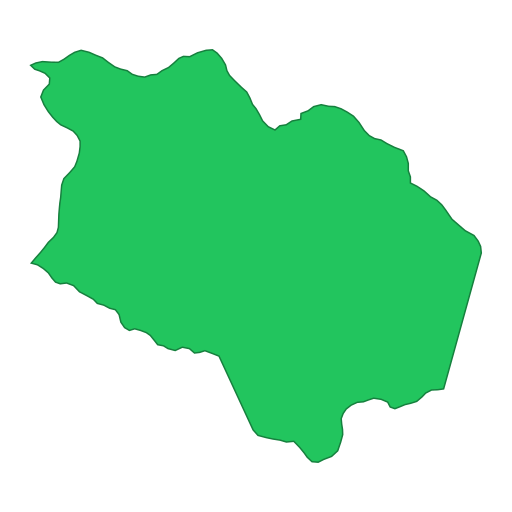 Patis, Minas Gerais, Brazil
{"feature_id": "56859067B88013883399000", "entity_name": "Patis", "entity_type": "district", "adm_level": 2, "iso_a3": "BRA", "parent_name": "Brazil", "parent_adm1": "Minas Gerais", "projection": "orthographic", "projection_center": [-44.124, -16.088], "detail": "fine", "context": "isolated", "style": "filled", "palette": "green", "viewbox_px": 512, "rotation_deg": 0, "n_neighbors": 0, "source": "geoboundaries", "source_scale": "gbopen_adm2", "svg_char_len": 2401}
<svg xmlns="http://www.w3.org/2000/svg" viewBox="0 0 512 512"><path d="M31.3,263.1L37.5,264.8L43.3,268.5L48.4,272.9L52.0,278.1L55.5,282.1L60.2,283.8L66.6,283.0L73.6,285.6L79.5,291.8L87.5,296.0L93.4,299.3L97.3,303.4L103.7,305.1L109.8,308.3L115.4,309.7L119.1,314.6L120.9,322.2L124.6,327.6L129.4,330.4L134.7,328.8L140.5,330.4L146.3,332.6L150.3,335.4L154.1,340.1L157.7,344.7L163.5,345.8L168.0,348.6L175.2,350.5L182.3,347.2L189.4,348.6L194.5,353.0L199.6,352.4L204.9,350.7L211.9,353.3L219.0,356.1L253.1,429.9L258.0,435.4L266.3,437.6L272.9,439.0L280.0,440.1L286.4,442.0L293.8,441.3L299.6,447.3L304.1,452.8L307.2,457.2L312.0,461.7L318.2,462.2L323.7,459.4L331.6,456.4L337.7,450.8L340.7,442.0L342.7,434.6L342.5,429.4L341.7,424.2L341.2,418.6L343.2,413.4L346.2,409.0L351.2,405.1L357.3,402.3L363.4,401.8L368.5,399.9L373.7,398.2L381.1,399.3L387.7,402.1L390.2,407.0L394.9,408.7L400.0,406.7L405.0,404.6L410.6,403.3L416.7,401.4L422.0,396.9L425.6,393.1L431.5,390.0L437.9,389.7L443.6,388.9L481.3,253.0L480.6,246.4L478.2,241.2L474.0,235.5L465.2,230.7L458.1,224.6L452.0,219.3L448.6,214.4L445.6,210.0L441.9,205.0L436.9,200.3L430.5,196.8L424.1,191.0L417.0,186.3L410.4,183.0L410.4,176.9L408.3,170.9L408.3,163.5L406.5,156.8L403.3,150.8L394.3,147.3L386.9,143.6L381.0,140.0L374.6,138.6L369.2,135.6L364.3,130.6L359.0,122.5L353.5,116.2L347.2,112.1L341.1,108.8L334.7,106.6L328.6,106.3L321.2,104.7L313.7,106.6L308.1,110.8L301.0,113.5L300.7,119.3L292.0,121.0L286.2,124.8L279.8,125.8L275.0,130.0L268.2,126.7L262.6,120.9L259.4,114.5L256.0,108.7L252.5,104.4L249.9,98.0L246.7,92.0L241.4,87.3L234.5,80.6L229.5,75.4L226.9,70.7L225.5,64.9L221.7,58.4L217.1,53.1L212.5,49.8L206.1,50.3L197.5,52.8L189.7,56.7L183.4,56.4L178.9,58.4L173.8,63.1L168.6,67.5L162.0,70.7L156.9,74.4L150.8,74.9L144.7,77.1L138.0,76.2L132.2,74.3L127.2,70.7L120.6,69.1L114.8,66.9L108.2,62.3L102.6,57.9L95.9,55.3L89.1,52.3L81.1,50.3L74.7,52.3L69.4,55.4L63.9,59.3L58.5,62.3L51.2,62.2L42.4,61.6L35.8,63.0L30.7,65.3L34.7,69.2L39.5,70.8L45.1,73.3L49.8,78.0L49.3,84.1L43.5,90.1L40.8,97.0L44.0,104.7L48.3,111.6L52.7,117.2L56.7,121.5L60.7,124.8L67.3,127.9L73.2,131.1L77.2,135.5L80.1,141.1L80.1,146.6L79.3,153.1L76.9,161.4L74.7,166.8L69.8,172.5L63.9,178.6L61.7,185.1L61.2,190.9L60.7,197.3L59.9,202.9L59.4,208.0L58.9,214.1L58.6,221.8L58.4,227.4L57.0,232.6L53.6,237.3L48.4,242.3L44.3,247.8L40.3,252.7L35.4,258.2L31.3,263.1Z" fill="#22c55e" stroke="#15803d" stroke-width="1.5"/></svg>